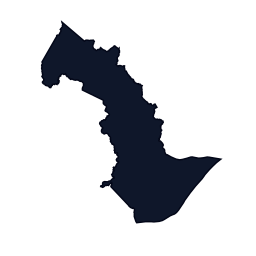 outline of Ponta de Pedras, Pará, Brazil, rotated 11°
{"feature_id": "56859067B9412259254898", "entity_name": "Ponta de Pedras", "entity_type": "district", "adm_level": 2, "iso_a3": "BRA", "parent_name": "Brazil", "parent_adm1": "Pará", "projection": "albers", "projection_center": [-49.151, -1.11], "detail": "fine", "context": "isolated", "style": "filled", "palette": "ink", "viewbox_px": 256, "rotation_deg": 11, "n_neighbors": 0, "source": "geoboundaries", "source_scale": "gbopen_adm2", "svg_char_len": 5787}
<svg xmlns="http://www.w3.org/2000/svg" viewBox="0 0 256 256"><g transform="rotate(11 128 128)"><path d="M176.4,213.7L179.4,212.2L181.3,210.6L186.0,206.2L188.0,204.8L190.1,203.5L191.7,201.7L193.2,199.0L196.7,190.7L197.5,188.1L201.3,179.9L205.4,172.0L210.3,163.8L211.8,160.6L212.4,159.1L215.8,153.3L218.5,149.2L221.5,145.0L225.0,140.9L213.3,141.2L211.3,141.4L207.6,142.9L204.6,143.8L202.9,144.2L196.5,144.2L195.1,144.6L191.6,146.5L187.4,148.5L184.8,149.4L181.1,149.4L175.8,148.2L171.6,146.8L170.8,147.0L169.9,146.3L168.6,144.6L168.1,142.6L167.4,141.8L166.1,141.3L165.5,140.0L165.7,138.7L165.9,138.0L164.8,136.5L162.3,134.6L161.2,134.9L160.6,134.2L160.9,133.6L160.9,133.0L160.5,132.3L161.3,131.2L161.4,128.3L161.6,127.4L160.9,126.1L160.8,125.0L161.3,124.5L161.5,123.7L160.6,123.1L160.4,122.4L159.9,121.6L160.1,120.6L159.6,120.2L159.5,119.5L160.0,119.0L160.3,117.8L161.0,117.5L161.0,116.6L161.5,115.9L161.0,114.6L160.1,114.6L159.5,114.0L158.6,113.6L158.0,113.7L157.3,113.5L156.8,113.8L155.6,113.9L154.9,113.7L153.8,114.3L152.4,113.7L150.6,112.2L150.5,111.6L150.6,110.4L150.5,109.5L150.8,108.9L151.0,106.6L150.0,104.7L150.3,104.1L150.8,103.7L151.1,102.8L151.9,102.7L152.4,102.1L151.8,101.8L151.6,101.2L150.6,100.3L150.3,99.5L149.7,99.5L149.1,99.8L148.4,101.4L146.5,100.7L146.3,100.1L145.7,99.8L145.0,100.1L144.6,100.7L144.0,100.4L142.7,100.3L142.6,99.6L142.2,99.1L141.6,98.8L141.0,98.7L138.9,97.5L138.2,96.9L137.5,96.7L136.9,96.1L135.4,94.7L135.6,92.3L135.3,91.6L135.0,90.0L134.4,88.5L134.4,87.6L133.8,86.3L133.5,84.8L133.8,83.7L132.5,83.5L131.5,82.7L130.7,83.2L130.0,83.2L129.9,82.5L128.5,82.8L126.9,82.4L126.2,82.4L126.0,81.8L124.8,81.6L125.0,80.9L124.3,80.6L124.3,80.0L124.0,79.4L122.7,79.1L122.1,79.3L121.5,78.7L120.8,78.5L120.9,77.8L119.6,77.0L118.5,75.9L117.9,75.7L117.1,74.8L116.7,74.2L116.2,73.8L115.5,72.6L114.8,72.7L114.1,72.3L113.1,69.6L112.6,69.1L112.8,68.4L112.7,67.7L111.7,67.9L111.2,68.5L110.4,68.5L109.7,68.3L108.2,68.2L107.5,68.4L106.9,68.7L106.6,69.4L106.1,69.0L105.3,68.9L104.9,68.2L104.2,67.9L104.8,66.7L104.4,65.4L105.2,64.0L104.8,63.1L104.3,62.7L104.0,60.8L105.2,58.5L105.2,57.7L104.7,57.2L104.8,56.3L105.2,55.7L105.0,54.9L105.0,54.2L104.8,53.6L104.3,53.1L104.0,51.5L103.5,52.3L102.8,51.7L100.0,50.4L99.4,49.9L98.7,50.2L98.5,50.9L95.6,53.8L95.5,54.4L94.5,55.3L94.4,56.1L93.1,56.6L92.7,57.1L92.0,57.1L91.3,56.6L90.2,56.1L89.5,56.2L88.9,56.0L86.6,54.9L85.9,54.3L85.4,55.1L85.7,55.7L85.6,56.3L84.1,56.5L83.4,56.7L82.4,57.9L81.8,58.0L81.1,57.6L80.6,57.1L79.1,56.7L78.2,55.4L77.8,54.5L77.7,52.7L78.1,51.9L78.1,50.2L78.4,49.5L77.3,48.4L74.4,49.1L73.7,49.5L71.9,49.5L70.0,49.8L68.6,51.1L43.0,36.7L43.2,37.2L43.7,37.9L44.3,38.4L44.0,39.8L44.3,40.6L44.2,41.5L43.7,42.2L42.7,44.2L43.7,45.1L43.7,45.8L43.0,47.9L42.7,48.8L42.8,49.7L42.0,50.1L41.4,50.1L40.5,50.7L40.4,51.4L40.6,52.1L40.0,53.3L31.0,79.6L31.6,80.6L31.8,81.7L31.3,82.5L31.4,83.5L32.0,84.2L31.8,85.6L32.0,86.4L32.9,87.8L32.7,88.4L32.8,89.0L33.5,90.2L33.6,90.9L34.2,92.1L33.7,93.9L34.6,94.7L35.1,95.3L35.7,95.6L36.0,96.2L36.2,97.0L36.0,97.9L35.3,98.9L35.4,99.8L36.7,100.8L37.4,100.7L38.1,101.1L38.5,101.6L39.2,101.9L41.5,102.0L42.2,102.2L43.2,103.2L43.8,103.0L44.4,103.1L44.9,101.8L45.0,100.7L45.6,100.5L45.5,99.9L45.8,99.4L47.0,99.2L47.7,99.3L48.1,98.6L48.9,98.5L50.0,98.8L50.1,98.1L50.8,98.0L51.2,97.3L51.5,96.1L50.7,96.2L50.8,95.6L51.2,94.7L50.0,94.4L50.1,93.8L50.5,93.2L50.5,92.5L50.1,91.9L50.9,90.7L51.9,89.7L51.4,89.3L52.6,87.8L53.3,87.3L54.0,87.4L54.6,87.7L55.9,87.2L56.3,86.7L56.7,87.3L57.2,87.5L57.3,88.2L57.8,88.6L58.4,89.1L58.9,88.8L59.5,89.3L60.1,89.6L60.5,90.2L61.7,90.5L62.1,91.2L62.7,91.2L63.2,90.7L64.5,90.7L65.0,91.0L66.4,91.1L67.7,91.0L68.3,90.5L69.0,90.6L69.7,90.5L70.3,90.6L71.6,91.2L72.4,91.3L73.1,91.0L73.8,91.2L75.6,92.3L76.3,94.8L75.7,97.1L75.7,98.0L76.0,99.4L98.1,105.3L98.7,105.8L98.8,107.3L99.2,108.8L100.8,109.9L102.2,110.1L102.5,110.7L102.9,112.1L102.5,113.5L102.6,114.2L102.2,114.7L102.3,115.4L102.8,115.8L104.7,116.4L106.1,117.2L107.1,118.2L106.6,119.5L106.1,119.8L105.9,120.4L105.3,120.2L105.1,121.6L104.7,122.1L104.5,122.7L104.7,123.3L104.3,123.9L104.1,124.5L103.2,124.5L102.4,124.7L101.9,125.5L100.8,126.0L100.3,127.3L99.6,127.5L99.4,128.1L99.3,128.8L99.5,129.4L100.6,130.4L100.8,131.0L102.8,132.3L103.2,132.7L103.2,133.5L102.7,133.8L102.4,135.2L102.7,136.6L103.5,137.6L104.7,137.9L105.3,138.3L106.1,138.3L106.7,137.7L107.9,137.2L108.7,137.4L109.4,137.6L110.8,139.2L111.5,139.7L112.1,139.9L112.8,141.2L112.6,142.0L112.9,142.7L113.4,143.2L113.4,144.7L113.9,145.1L114.5,145.4L115.4,146.8L116.1,147.0L116.9,146.8L117.9,148.2L118.2,149.0L118.2,149.8L119.0,151.2L118.7,152.5L119.3,152.8L119.6,154.4L119.9,155.0L120.7,155.1L122.3,154.4L122.7,155.0L122.5,155.7L122.1,156.2L122.7,156.9L124.0,157.7L124.1,158.5L124.0,159.3L123.4,159.5L123.0,160.0L122.6,161.5L123.7,162.9L124.3,162.9L124.9,162.7L125.3,163.3L124.9,164.1L123.9,165.4L123.7,166.0L123.7,166.7L123.4,167.3L123.5,168.0L122.9,168.8L122.2,169.3L121.4,169.2L121.1,169.7L121.6,170.3L121.9,171.0L121.4,171.7L121.7,172.3L122.3,172.0L122.7,172.5L122.4,173.0L121.7,173.4L121.7,175.9L121.1,176.3L120.9,176.9L121.5,177.6L122.0,178.5L122.7,178.9L123.2,178.5L123.8,179.1L123.8,179.9L123.2,180.2L122.0,181.4L121.0,183.3L119.4,183.8L118.8,184.4L118.0,184.8L115.3,185.1L114.5,185.5L113.9,186.0L113.6,186.9L114.1,188.9L113.7,189.4L112.5,189.8L112.4,190.7L113.5,190.8L114.3,191.1L114.9,190.8L116.1,189.6L116.4,188.9L117.0,188.5L117.7,188.6L118.2,188.2L119.1,188.1L119.9,188.1L120.1,187.4L121.0,186.0L122.4,184.7L122.8,185.8L122.7,186.5L122.9,187.1L122.9,187.7L122.3,188.2L122.5,188.9L143.6,204.0L143.9,204.5L145.7,205.5L147.8,206.0L148.3,205.5L149.6,206.2L150.0,206.7L150.1,208.9L150.0,209.6L150.4,210.1L151.1,213.8L153.6,218.2L154.6,219.3L163.0,216.6L168.5,215.5L171.3,215.2L176.4,213.7Z" fill="#0f172a" stroke="#020617" stroke-width="1.5"/></g></svg>